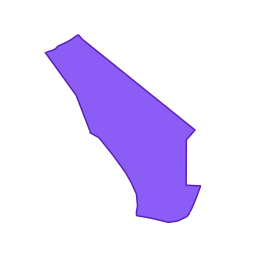 St Lawrence Estate, Anse-la-Raye, Saint Lucia (Equal Earth projection), rotated 78°
{"feature_id": "8701671B81059330414733", "entity_name": "St Lawrence Estate", "entity_type": "district", "adm_level": 2, "iso_a3": "LCA", "parent_name": "Saint Lucia", "parent_adm1": "Anse-la-Raye", "projection": "equal_earth", "projection_center": [-61.042, 13.942], "detail": "fine", "context": "isolated", "style": "filled", "palette": "violet", "viewbox_px": 256, "rotation_deg": 78, "n_neighbors": 0, "source": "geoboundaries", "source_scale": "gbopen_adm2", "svg_char_len": 728}
<svg xmlns="http://www.w3.org/2000/svg" viewBox="0 0 256 256"><g transform="rotate(78 128 128)"><path d="M225.0,86.2L224.1,86.1L220.4,82.6L209.3,75.0L200.7,69.6L199.6,69.3L198.5,73.8L196.0,83.0L151.8,73.4L143.9,62.9L31.8,154.2L26.8,157.0L26.7,158.3L28.1,161.5L29.4,164.5L30.8,168.7L31.2,170.1L33.2,178.6L33.4,179.5L35.5,182.6L36.4,186.0L36.5,187.3L36.7,190.1L37.3,193.1L85.2,171.9L123.9,165.7L124.9,166.0L131.5,158.4L147.8,150.2L151.6,148.3L170.5,139.9L171.9,139.4L182.1,136.2L194.3,133.5L206.2,134.9L212.1,137.3L214.5,137.7L215.4,137.8L215.9,136.9L216.6,135.1L218.2,131.0L220.5,125.4L223.0,120.0L228.7,108.1L229.3,98.8L228.3,94.3L226.8,88.6L225.2,87.1L225.0,86.2Z" fill="#8b5cf6" stroke="#5b21b6" stroke-width="1.5"/></g></svg>